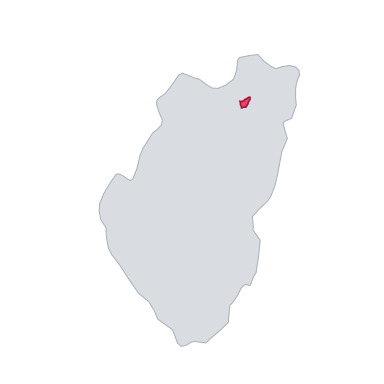 Kanglung, Tashigang, Bhutan (highlighted), rotated 287°
{"feature_id": "84629894B11515592913322", "entity_name": "Kanglung", "entity_type": "district", "adm_level": 2, "iso_a3": "BTN", "parent_name": "Bhutan", "parent_adm1": "Tashigang", "projection": "robinson", "projection_center": [91.534, 27.281], "detail": "fine", "context": "in_parent", "style": "filled", "palette": "rose", "viewbox_px": 384, "rotation_deg": 287, "n_neighbors": 0, "source": "geoboundaries", "source_scale": "gbopen_adm2", "svg_char_len": 3287}
<svg xmlns="http://www.w3.org/2000/svg" viewBox="0 0 384 384"><g transform="rotate(287 192 192)"><path d="M302.0,165.3L301.5,167.6L299.0,174.0L297.3,180.9L298.7,186.6L304.4,193.3L312.1,198.7L321.8,199.1L330.8,197.1L334.4,197.9L339.2,206.9L342.7,214.8L338.0,222.8L335.5,229.9L334.5,234.9L335.1,237.0L338.0,241.1L341.4,248.0L341.9,254.4L339.7,258.6L335.1,260.7L330.2,260.1L326.1,260.2L321.0,260.9L313.0,263.3L305.6,266.3L291.7,265.7L286.2,259.5L283.5,259.4L270.9,267.6L257.1,266.1L232.0,268.9L221.5,269.5L210.8,268.6L205.3,266.9L195.2,261.2L186.1,257.0L176.7,260.8L173.4,261.5L165.9,271.3L149.7,274.5L133.5,276.9L128.7,275.6L119.6,275.0L119.3,272.7L119.5,270.5L117.5,268.7L113.8,266.9L107.4,266.1L99.3,263.7L94.6,261.4L78.0,264.8L68.3,259.6L57.4,252.6L51.8,249.5L49.9,238.5L48.0,235.0L43.7,231.3L41.3,226.9L43.2,222.4L54.2,214.0L55.1,212.1L60.3,196.5L67.3,190.8L74.3,182.9L79.6,170.4L89.8,157.5L100.9,144.3L108.6,133.6L113.7,128.6L124.1,123.2L132.8,120.1L138.9,112.9L146.2,108.9L153.7,107.1L164.8,108.1L175.2,110.6L186.7,114.2L188.0,117.1L187.0,122.2L185.3,127.4L185.2,130.0L187.0,131.5L198.2,132.5L211.9,131.6L219.6,132.4L236.8,137.1L241.8,140.5L247.1,143.1L252.2,142.6L258.7,137.1L265.5,132.4L269.8,131.7L272.8,133.2L278.3,137.6L289.6,141.9L299.7,145.0L302.9,148.0L301.8,160.9L302.0,165.3Z" fill="#d9dde1" stroke="#a8b0b8" stroke-width="1"/><path d="M289.2,213.1L289.1,213.3L289.0,213.5L288.8,213.6L288.7,213.7L288.6,213.8L288.4,214.0L288.0,214.3L287.7,214.4L287.4,214.5L287.1,214.6L286.9,214.6L286.9,214.8L287.0,215.0L287.1,215.3L287.1,215.5L287.3,215.7L287.4,215.8L287.5,215.9L287.6,216.0L287.8,216.0L288.0,216.0L288.3,216.5L288.3,216.8L288.3,217.0L288.5,217.2L288.5,217.3L288.6,217.7L288.6,217.9L288.6,218.0L288.7,218.3L288.8,218.4L288.9,218.6L289.1,218.7L289.1,218.8L289.4,218.9L289.6,218.8L289.9,218.9L290.0,218.9L290.3,219.0L290.5,219.2L290.5,219.3L290.8,219.3L291.0,219.3L291.2,219.2L291.3,219.2L291.5,219.2L291.6,219.3L291.8,219.3L291.9,219.5L292.0,219.6L292.3,219.7L292.4,219.8L292.6,219.7L292.8,219.6L293.0,219.6L293.3,219.7L293.5,219.8L293.8,219.8L294.0,219.7L294.3,219.7L294.6,219.7L294.8,219.7L295.0,219.6L295.3,219.7L295.5,219.8L295.8,220.0L296.0,220.1L296.2,220.3L296.4,220.3L296.5,220.3L296.8,220.3L297.0,220.3L297.3,220.4L297.5,220.4L297.8,220.3L298.0,220.3L298.3,220.3L298.5,220.3L298.7,220.2L299.0,220.2L299.3,220.0L299.5,219.8L299.6,219.7L299.6,219.2L299.5,218.9L299.1,218.7L299.0,218.4L298.9,218.3L298.7,218.2L298.2,217.7L297.9,217.5L297.7,217.4L297.5,217.2L297.4,217.2L297.2,217.0L297.0,216.9L296.9,216.9L296.8,216.7L296.7,216.6L296.6,216.4L296.4,216.2L296.3,215.9L296.3,215.7L296.2,215.7L295.9,215.5L295.8,215.4L295.7,215.4L295.5,215.2L295.3,215.1L295.2,215.1L294.9,215.0L294.7,215.0L294.4,215.0L294.4,214.9L294.2,214.7L294.0,214.4L293.9,214.3L293.9,214.1L293.7,214.0L293.7,213.9L293.6,213.7L293.4,213.6L293.3,213.4L293.3,213.1L293.2,212.9L293.0,212.7L292.9,212.6L292.9,212.4L292.9,212.2L292.9,211.9L292.9,211.7L292.8,211.4L292.7,211.4L292.7,211.2L292.5,211.3L292.4,211.4L292.4,211.5L292.2,211.7L292.1,211.8L291.9,212.0L291.7,212.2L291.4,212.2L291.3,212.3L291.2,212.3L290.9,212.3L290.7,212.4L290.5,212.5L290.4,212.5L290.2,212.5L289.9,212.7L289.8,212.8L289.7,212.9L289.6,213.0L289.4,213.1L289.2,213.1Z" fill="#f43f5e" stroke="#9f1239" stroke-width="1.5"/></g></svg>